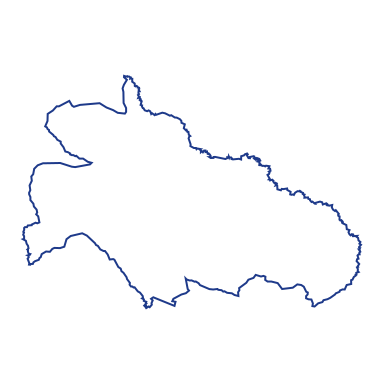 the district of Chinsali, Muchinga, Zambia, rotated 90°
{"feature_id": "96606910B49575738019753", "entity_name": "Chinsali", "entity_type": "district", "adm_level": 2, "iso_a3": "ZMB", "parent_name": "Zambia", "parent_adm1": "Muchinga", "projection": "robinson", "projection_center": [32.159, -10.298], "detail": "fine", "context": "isolated", "style": "outline", "palette": "blue", "viewbox_px": 384, "rotation_deg": 90, "n_neighbors": 0, "source": "geoboundaries", "source_scale": "gbopen_adm2", "svg_char_len": 6003}
<svg xmlns="http://www.w3.org/2000/svg" viewBox="0 0 384 384"><g transform="rotate(90 192 192)"><path d="M308.1,237.8L306.5,235.3L307.2,234.3L304.7,232.2L303.2,232.5L300.4,231.3L298.8,232.9L297.3,230.7L305.9,209.5L301.8,208.5L301.2,211.7L298.8,210.6L294.5,202.6L293.2,198.1L290.6,195.0L289.0,196.3L278.5,198.3L279.5,197.3L280.5,194.4L280.4,192.4L281.7,189.4L281.5,188.2L283.2,185.4L285.1,184.0L289.1,174.6L289.5,170.8L289.0,166.5L289.8,165.8L290.2,162.4L291.6,160.8L291.3,159.5L292.8,156.9L293.3,152.1L295.0,149.5L296.0,145.6L292.2,145.9L290.2,144.6L288.1,144.9L282.8,137.7L279.7,135.6L277.9,130.5L274.9,128.3L276.5,123.0L275.9,120.5L276.7,118.6L279.9,118.8L281.5,116.5L281.5,112.8L283.1,106.3L289.0,101.9L287.7,91.2L284.4,86.7L285.0,82.8L286.7,80.2L291.7,77.8L292.5,76.2L294.5,76.4L296.1,77.9L298.3,77.9L299.3,75.5L299.5,72.6L303.4,71.1L306.1,71.6L306.5,69.4L303.3,65.8L302.1,61.6L300.2,60.5L299.2,56.5L297.8,53.7L294.4,48.9L293.4,48.3L291.8,44.5L290.5,44.1L289.4,41.4L289.5,39.3L285.0,37.3L284.0,32.8L280.2,32.9L279.7,31.5L277.0,30.2L275.5,28.2L274.7,28.4L274.5,27.5L272.8,27.7L272.0,25.4L271.1,26.3L269.1,26.1L267.4,27.0L266.9,25.9L266.3,26.3L264.0,24.8L261.1,27.4L259.2,26.9L258.7,25.5L255.5,26.5L254.3,25.3L254.3,24.4L252.6,24.6L251.8,23.7L250.1,24.8L250.3,24.2L248.9,24.5L248.1,24.0L247.9,24.8L247.1,25.0L244.8,23.0L243.7,24.6L242.0,23.6L240.4,25.5L237.9,25.9L236.7,27.6L235.9,26.9L236.2,31.1L235.3,31.6L235.5,30.5L234.4,30.9L234.2,32.3L235.3,33.5L234.2,34.6L232.2,35.5L230.1,34.5L229.2,37.2L225.0,37.7L223.1,41.7L222.5,41.9L222.6,41.1L221.6,41.3L220.1,42.7L220.4,43.8L219.7,44.5L216.4,44.4L215.9,45.6L214.9,45.9L213.9,45.2L210.2,48.2L211.0,49.0L209.6,51.0L207.3,52.2L205.0,51.8L205.7,54.9L205.2,55.5L205.4,56.8L204.9,57.4L203.9,56.9L203.3,57.7L204.5,61.2L202.3,61.8L201.6,64.0L203.0,69.0L203.7,68.7L203.6,69.3L201.6,71.5L202.0,72.5L200.2,74.0L199.3,74.0L198.8,75.7L197.4,76.0L197.7,79.6L196.4,79.4L195.0,80.2L194.5,79.7L194.0,81.2L192.9,81.0L191.9,83.4L191.4,83.3L190.8,84.2L191.3,84.9L191.2,86.5L192.7,88.9L194.9,90.1L194.4,90.9L194.8,92.4L194.4,93.8L191.8,93.4L190.0,96.7L188.5,96.9L189.1,100.6L188.9,102.3L190.3,103.1L189.3,106.6L185.3,106.8L184.9,107.2L185.3,108.2L183.5,107.2L182.8,108.5L183.4,109.2L182.9,109.8L181.5,110.8L180.9,110.5L179.7,111.7L180.4,113.9L179.5,114.1L179.4,115.0L178.7,114.3L174.9,116.5L173.9,114.9L172.3,114.4L171.6,115.1L170.8,113.5L168.7,113.9L168.5,115.6L166.2,114.6L165.7,118.0L166.4,118.8L165.8,120.0L165.9,121.8L164.4,123.3L165.2,123.8L165.1,124.7L162.0,124.5L161.6,126.0L161.0,124.8L160.6,125.8L159.8,125.7L160.0,124.1L158.9,124.7L158.1,126.8L159.6,127.2L159.9,128.1L158.6,129.8L158.0,128.6L157.8,129.8L156.5,129.7L156.2,130.3L157.0,134.2L158.2,134.1L158.1,135.5L155.0,137.3L154.3,136.3L153.5,136.9L154.3,139.1L155.4,140.0L156.2,142.8L159.5,142.9L158.8,145.1L159.4,151.1L159.1,152.2L158.6,151.9L157.4,153.0L157.7,154.1L157.2,154.6L157.7,154.8L156.4,155.3L157.3,155.5L157.2,156.7L158.1,156.6L159.0,158.6L156.9,169.0L157.0,170.4L157.9,170.5L158.0,173.3L157.1,174.6L157.1,173.4L156.6,174.0L155.9,173.4L154.5,174.2L154.0,175.9L153.4,175.5L152.6,177.0L151.6,177.0L152.0,178.4L150.5,178.5L150.5,179.9L152.3,181.1L151.2,182.1L152.1,183.1L150.5,183.1L149.6,184.2L149.1,183.4L148.5,186.7L149.2,187.5L148.0,188.0L148.0,190.1L146.1,193.6L144.3,193.4L138.4,195.4L136.4,194.7L136.0,193.8L134.7,195.2L131.9,195.6L131.9,196.6L129.9,197.4L130.4,198.0L128.2,200.2L124.3,199.2L122.8,202.5L120.8,202.7L119.2,204.1L117.6,207.3L117.5,209.2L115.2,212.8L115.7,214.1L113.3,218.9L112.7,221.7L114.8,227.9L114.0,228.5L115.1,229.4L113.2,232.0L114.0,232.8L111.3,233.8L110.4,235.4L111.2,236.8L110.3,239.3L108.2,240.5L108.1,241.2L106.4,242.1L105.4,241.9L104.9,243.4L101.2,242.3L100.1,243.1L100.6,243.6L100.0,244.3L99.0,243.5L98.4,244.2L97.3,244.2L97.8,245.7L96.4,245.1L95.0,246.0L94.1,245.0L93.1,245.6L91.2,245.4L91.2,244.5L89.7,245.3L88.8,244.7L87.8,244.9L87.6,246.3L86.7,246.4L85.9,247.4L86.4,248.5L86.0,249.2L83.5,249.3L81.7,251.8L78.8,251.7L78.7,252.8L77.9,253.0L78.4,253.8L77.3,253.7L76.5,255.0L76.6,256.0L77.3,255.8L76.2,256.8L76.6,257.8L75.9,259.9L77.2,260.0L79.8,257.1L84.8,260.1L88.4,261.4L91.9,260.6L103.0,260.4L108.0,257.9L111.9,257.9L113.6,259.1L112.8,266.3L110.1,270.9L107.5,277.5L103.2,284.4L104.9,304.0L106.8,310.1L105.7,311.9L100.9,314.7L106.3,325.0L106.3,327.3L110.5,331.1L113.9,336.3L121.0,336.5L126.4,338.8L127.4,337.1L129.1,336.4L130.0,335.0L131.5,334.9L135.0,330.7L136.2,330.1L137.0,328.5L139.8,326.7L141.6,323.3L143.5,323.3L147.2,320.5L151.5,318.7L152.2,316.0L153.5,313.8L154.4,313.9L155.1,312.3L155.1,310.7L156.2,308.7L155.8,307.7L158.6,304.6L158.6,300.9L161.8,296.2L162.8,292.4L164.4,294.0L167.1,308.8L166.7,312.2L163.0,323.8L163.3,341.1L165.3,346.3L168.8,349.8L174.2,350.8L176.5,352.7L180.8,352.2L185.4,354.4L190.2,353.7L192.8,354.9L194.4,354.8L197.0,353.6L200.1,353.6L203.7,350.6L206.5,350.1L209.6,347.4L212.5,346.8L214.3,347.8L216.3,345.8L222.4,344.6L223.3,346.7L222.7,348.4L224.5,352.2L225.2,352.3L225.5,356.2L227.1,357.0L227.1,359.0L228.0,359.9L229.8,359.8L231.9,360.7L232.5,360.0L234.8,360.8L236.1,359.9L238.8,359.9L239.2,361.0L240.8,358.1L243.7,357.4L245.8,356.0L248.3,355.5L249.5,356.6L249.8,356.0L251.6,356.1L253.9,355.2L254.1,353.7L254.7,354.0L255.4,356.3L255.8,355.5L257.3,355.3L258.7,356.4L263.2,354.7L264.6,355.0L264.7,353.7L264.0,353.3L263.9,351.1L262.4,350.6L261.2,349.0L259.8,345.2L258.0,344.5L257.2,343.3L254.1,342.3L251.5,337.9L251.8,334.1L248.9,331.7L247.9,329.6L248.1,324.0L246.7,319.7L239.2,317.5L236.0,313.3L233.3,301.8L235.6,297.1L243.3,288.9L244.9,288.1L245.9,286.1L249.4,283.7L251.0,280.5L251.0,279.0L254.5,276.3L259.5,274.3L259.1,270.8L259.7,269.6L267.0,265.7L268.6,263.3L271.2,262.5L272.8,260.5L277.3,257.4L279.0,257.0L282.9,254.1L284.7,254.4L286.5,253.0L286.5,251.6L287.5,250.5L287.3,249.4L291.4,246.2L292.6,244.0L296.0,241.3L297.8,241.0L298.4,241.9L299.4,240.1L300.9,240.2L301.8,237.7L303.2,238.2L303.5,237.7L305.6,239.8L306.3,239.1L305.7,237.9L306.4,237.5L307.0,238.5L308.1,237.8Z" fill="none" stroke="#1e3a8a" stroke-width="2"/></g></svg>